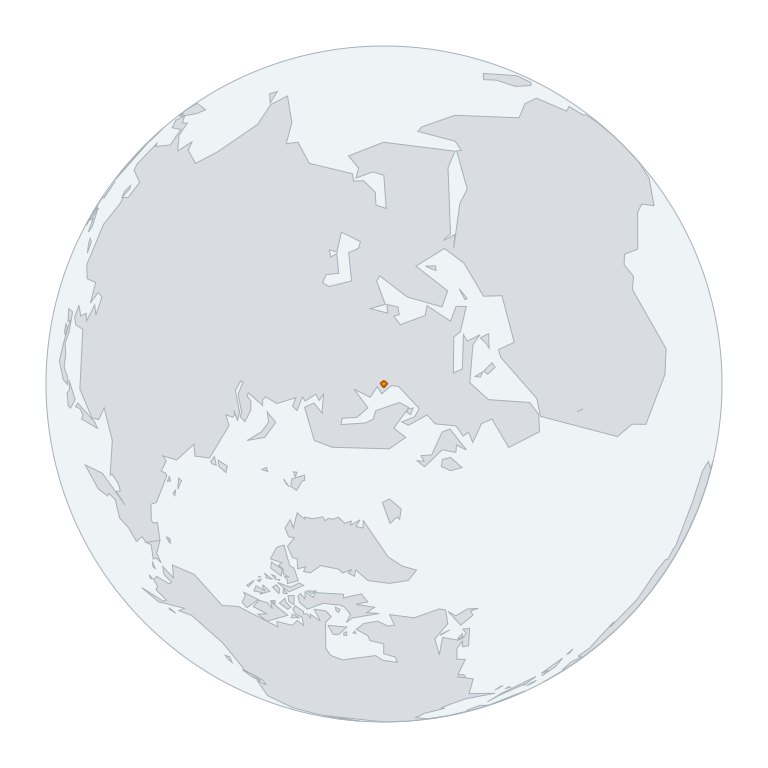 the Earth from above Šiauliai, rotated 225°
{"feature_id": "LTU-1072", "entity_name": "Šiauliai", "entity_type": "County", "adm_level": 1, "iso_a3": "LTU", "parent_name": "Lithuania", "parent_adm1": "", "projection": "orthographic", "projection_center": [23.21, 55.943], "detail": "fine", "context": "on_globe", "style": "filled", "palette": "amber", "viewbox_px": 768, "rotation_deg": 225, "n_neighbors": 0, "source": "natural_earth", "source_scale": "10m", "svg_char_len": 12512}
<svg xmlns="http://www.w3.org/2000/svg" viewBox="0 0 768 768"><g transform="rotate(225 384 384)"><circle cx="384" cy="384" r="338" fill="#eef3f6" stroke="#a8b0b8"/><path d="M145.6,144.5L191.8,107.5L162.7,128.6L176.5,117.3L184.9,111.0L183.0,112.6L203.8,99.7L219.9,90.5L246.0,81.3L264.3,84.8L254.7,87.8L260.2,88.8L272.6,85.5L279.4,83.2L315.1,86.9L356.4,84.4L368.7,78.6L366.6,84.3L389.4,70.6L411.4,68.7L386.9,74.2L384.8,77.4L399.9,77.4L400.9,80.8L408.8,83.0L408.6,87.3L394.4,90.8L394.0,93.8L404.7,93.7L411.3,98.5L395.7,98.0L405.6,106.4L383.6,115.2L341.8,112.9L329.9,123.6L287.6,137.1L291.7,140.4L278.3,148.4L278.1,155.4L270.3,156.5L276.9,161.2L284.0,158.9L289.3,160.3L289.8,164.4L280.0,166.3L278.3,164.5L275.7,167.2L270.5,166.6L273.4,169.2L261.4,171.4L273.9,175.4L264.9,182.3L256.8,182.2L256.9,174.2L238.2,155.9L230.0,154.3L218.3,159.6L197.9,186.0L189.1,188.0L177.8,196.7L182.9,198.9L193.6,193.1L200.3,200.0L212.6,192.7L217.2,194.6L230.1,190.9L228.9,200.3L220.7,211.8L209.9,215.6L206.0,220.9L216.9,224.9L197.4,240.0L185.6,264.4L180.5,267.7L169.4,259.6L167.8,239.8L153.4,231.6L163.4,246.2L150.5,255.2L148.6,260.8L149.8,266.0L155.0,266.4L150.7,271.7L139.1,258.7L142.8,253.6L146.5,257.6L145.6,248.7L137.8,241.0L131.8,246.7L126.3,230.8L121.9,234.9L118.3,234.1L125.6,228.5L112.4,238.6L104.9,225.3L86.8,243.9L103.8,219.0L109.4,207.2L114.7,195.1L111.6,197.8L122.6,179.6L125.7,170.5L116.5,178.2L104.6,194.0L93.3,212.4L94.7,212.0L89.1,224.3L83.0,230.7L71.6,256.9L67.0,266.9L76.3,244.3L87.2,222.5L99.6,201.4L113.6,181.4L128.9,162.3L145.6,144.5ZM60.5,286.3L59.1,291.3L55.0,307.3L55.7,308.8L55.2,319.6L51.5,330.5L54.2,329.1L51.9,342.6L53.2,372.4L52.1,372.5L52.7,410.9L59.2,444.6L60.7,459.2L59.3,460.9L62.9,472.1L63.1,475.5L82.8,519.6L97.4,547.9L99.9,558.7L93.7,555.3L96.5,561.6L84.5,540.6L74.1,518.8L65.3,496.2L58.0,473.1L52.5,449.6L48.7,425.7L46.5,401.6L46.1,377.4L47.5,353.2L50.5,329.2L55.3,305.5L56.2,301.9L58.4,293.5L58.5,293.3L60.5,286.3ZM82.2,248.2L69.7,284.6L72.0,269.6L72.4,271.1L76.6,260.5L82.7,244.3L86.1,232.4L82.2,248.2ZM87.4,251.4L89.2,245.9L88.1,250.6L87.4,251.4ZM282.3,81.7L272.7,85.2L261.2,87.2L269.0,83.8L282.3,81.7ZM304.4,79.8L300.2,82.0L294.4,79.7L298.6,79.1L304.4,79.8ZM377.3,74.0L369.3,74.7L376.7,72.9L377.3,74.0ZM409.9,82.6L411.8,81.4L415.1,83.1L409.9,82.6ZM229.9,186.1L229.9,188.4L227.5,187.9L229.9,186.1ZM235.4,182.3L232.5,180.0L234.7,177.9L236.4,179.4L235.4,182.3ZM417.9,91.4L422.5,94.7L415.3,91.8L417.9,91.4ZM238.4,185.8L239.0,174.6L242.9,171.0L252.8,173.8L238.4,185.8ZM423.6,97.1L435.0,105.8L440.3,103.7L431.8,115.0L424.9,103.5L415.2,100.1L422.1,99.9L423.6,97.1ZM286.1,156.4L278.5,159.0L284.3,153.2L286.1,156.4ZM288.5,152.4L298.9,133.5L310.4,132.1L304.6,138.5L319.1,134.1L319.6,142.6L311.7,147.0L304.2,146.1L310.1,150.1L288.5,152.4ZM425.3,120.2L425.9,123.0L422.5,120.7L425.3,120.2ZM291.9,160.4L292.9,156.6L303.0,155.0L302.6,162.5L299.5,160.5L291.9,160.4ZM322.7,129.0L330.1,129.4L332.5,136.3L335.7,137.5L320.6,142.7L322.7,129.0ZM297.5,163.0L302.2,166.4L298.0,170.9L291.5,164.1L297.5,163.0ZM305.7,151.5L310.5,151.2L307.7,153.8L305.7,151.5ZM285.6,189.6L286.6,184.6L292.0,183.3L285.6,189.6ZM304.3,167.4L305.7,165.8L307.9,164.8L310.1,168.0L304.3,167.4ZM323.4,147.4L322.8,150.4L329.7,145.6L331.8,150.9L321.3,153.6L326.7,154.7L327.3,156.3L318.1,156.7L323.4,147.4ZM318.9,168.4L306.4,174.2L303.2,183.5L298.4,184.8L304.3,169.7L318.9,168.4ZM319.2,161.5L318.0,166.0L312.6,165.2L310.2,161.5L319.2,161.5ZM337.0,153.7L336.4,144.8L338.7,144.6L337.0,153.7ZM319.1,171.2L322.1,169.8L319.5,172.0L319.1,171.2ZM332.7,159.1L332.2,156.0L334.8,155.8L332.7,159.1ZM328.6,169.8L324.5,171.6L322.7,169.1L328.6,169.8ZM331.3,165.0L335.0,165.6L324.5,167.1L330.6,163.6L331.3,165.0ZM335.2,159.5L336.6,158.3L335.1,160.8L335.2,159.5ZM337.7,178.6L324.9,181.1L321.0,175.5L333.9,173.7L337.7,178.6ZM360.3,721.1L359.0,720.7L342.1,717.0L319.1,701.0L329.0,693.5L326.1,684.8L299.9,658.8L305.7,645.8L298.5,638.1L283.7,636.5L275.3,626.6L266.3,624.0L209.5,608.4L192.0,589.3L170.3,540.7L180.3,530.9L181.7,511.9L250.5,471.8L265.6,481.8L320.4,485.4L327.3,489.3L321.4,505.6L363.0,529.8L375.7,516.5L412.8,526.0L437.1,522.6L444.8,489.9L404.9,494.9L397.5,479.6L428.9,462.0L463.6,457.4L461.8,451.4L439.4,441.3L446.9,427.7L431.6,436.7L438.2,442.3L428.7,448.4L422.2,443.7L425.1,438.9L414.5,437.3L403.4,461.5L408.9,469.8L381.4,475.4L387.9,490.0L380.6,497.0L366.9,474.9L367.9,466.6L342.8,440.9L339.3,450.0L362.7,475.1L355.6,473.0L351.0,486.5L348.9,474.6L324.2,445.6L299.1,446.8L267.9,473.9L253.1,471.9L240.3,460.2L250.9,427.3L282.9,435.5L287.0,424.9L279.9,405.4L290.3,409.8L291.3,403.2L303.3,405.3L319.6,392.1L331.7,392.5L337.5,372.2L344.6,369.8L339.1,382.4L341.8,391.6L371.8,392.6L377.5,388.3L378.8,375.3L386.9,377.6L384.4,364.9L401.4,359.2L378.6,355.8L379.5,341.3L389.4,330.1L385.7,324.9L369.5,343.4L366.8,351.5L371.0,359.2L360.0,381.8L349.8,384.9L345.8,359.7L330.9,361.6L334.4,341.9L375.8,302.7L393.4,294.8L423.7,311.4L420.0,321.0L407.2,319.6L419.5,334.0L418.3,326.5L425.0,328.7L427.7,316.2L432.5,317.2L426.7,303.8L433.0,303.7L436.6,312.2L445.9,294.5L458.8,291.2L458.5,286.8L454.6,283.0L473.6,281.9L472.6,278.7L466.0,277.8L459.6,271.1L455.8,259.0L462.6,259.2L464.9,263.6L479.9,273.6L485.0,285.8L487.4,284.8L484.6,274.3L466.2,262.0L462.0,254.7L471.4,259.1L467.6,256.9L467.7,253.4L474.0,250.4L464.1,245.0L455.1,208.3L466.6,199.4L475.9,207.0L476.9,183.6L489.7,176.7L483.6,175.7L479.9,164.7L475.8,166.6L472.6,165.4L461.2,139.4L463.8,134.1L452.0,123.0L448.8,122.6L446.2,125.9L431.8,115.0L440.3,103.7L447.1,105.0L447.8,97.6L463.1,101.8L476.1,102.3L492.3,112.2L501.1,112.2L500.4,109.4L511.9,107.8L538.0,115.5L520.1,121.7L481.5,115.4L497.5,118.7L494.8,121.9L501.2,125.6L512.4,128.0L513.1,125.8L536.1,151.9L565.0,169.2L560.6,157.0L566.4,153.5L595.5,165.4L635.7,209.7L643.8,207.9L650.0,212.5L655.4,224.1L646.6,217.6L644.6,223.3L638.8,218.2L644.5,235.4L636.5,229.0L644.9,246.1L650.9,246.9L648.8,233.6L659.6,251.9L668.2,248.6L678.5,258.1L695.2,298.6L698.3,326.0L700.5,330.9L696.9,335.2L699.4,353.7L711.9,358.5L714.1,364.9L714.8,394.5L713.5,390.4L704.1,401.9L707.6,420.4L715.0,415.4L717.7,423.4L714.4,432.2L711.0,425.9L707.6,429.5L704.7,414.9L694.7,402.9L691.0,419.4L687.7,410.9L673.3,406.6L666.0,429.8L656.9,478.3L661.7,501.4L655.9,519.4L634.0,503.7L623.0,484.7L615.9,494.1L592.8,487.2L555.0,510.4L549.0,505.9L542.1,513.3L525.7,513.4L516.2,504.8L506.6,509.7L531.7,531.5L541.9,526.1L549.5,509.8L554.7,518.8L570.4,520.1L555.3,554.6L498.3,598.9L491.7,582.2L443.1,537.1L444.0,530.1L443.7,529.4L443.1,528.1L439.6,539.9L430.9,529.5L458.0,565.3L462.9,580.7L497.5,600.2L494.5,603.9L505.3,606.0L538.7,586.6L539.1,592.4L523.9,624.1L476.8,667.7L482.5,682.0L478.3,693.9L447.8,706.1L449.4,711.0L433.5,715.0L431.8,717.0L418.5,719.8L396.6,721.7L384.7,721.9L360.3,721.1ZM227.7,500.9L226.0,506.7L225.9,506.7L227.7,500.9ZM501.3,468.0L521.5,461.3L510.6,444.0L517.5,440.2L511.3,436.0L509.7,442.8L494.3,430.2L502.3,420.5L499.0,412.0L492.0,413.9L479.8,433.9L501.8,451.8L498.0,462.0L501.3,468.0ZM53.3,373.2L53.1,378.9L52.5,374.1L53.3,373.2ZM69.8,271.5L68.3,277.6L66.7,282.3L67.4,278.2L69.8,271.5ZM63.6,322.5L63.1,330.4L62.5,323.9L63.6,322.5ZM68.3,290.2L63.9,316.5L62.9,305.3L66.1,289.0L65.4,297.8L68.3,290.2ZM83.0,254.0L81.5,258.4L80.3,259.0L83.0,254.0ZM86.6,254.9L86.8,253.6L88.5,250.4L86.6,254.9ZM151.2,255.9L152.0,257.1L152.0,262.9L149.7,261.2L151.2,255.9ZM165.9,284.0L158.7,292.0L162.2,284.8L157.6,283.6L159.3,267.7L178.0,268.5L169.3,270.8L165.9,284.0ZM166.8,247.3L163.6,256.9L166.4,246.5L166.8,247.3ZM285.1,366.2L289.4,372.0L285.0,379.1L269.7,380.1L275.8,369.7L285.1,366.2ZM296.4,378.7L296.8,354.2L306.3,353.1L300.9,357.8L307.2,359.5L300.1,367.6L308.9,391.1L305.7,398.9L279.1,395.6L289.6,392.1L284.8,386.4L296.4,378.7ZM280.8,298.9L281.1,289.7L301.4,299.0L298.8,306.6L283.4,307.7L277.3,299.4L280.8,298.9ZM255.8,193.5L254.6,190.4L257.3,189.7L260.6,191.8L255.8,193.5ZM285.6,187.4L263.9,206.8L261.4,204.1L251.7,219.5L241.4,218.4L248.0,208.4L232.8,219.4L234.6,210.0L225.0,218.5L240.9,196.2L242.0,188.6L244.7,197.3L254.2,198.4L258.6,196.6L271.9,186.0L278.9,170.7L289.4,169.8L295.0,173.3L294.9,176.8L288.1,176.2L292.9,181.4L283.0,183.2L285.6,187.4ZM354.3,221.8L346.4,218.2L354.3,231.5L344.5,232.3L346.0,233.8L339.1,238.4L333.4,246.7L328.8,245.8L328.6,249.5L324.0,252.8L322.1,257.6L313.3,257.8L310.2,263.9L307.8,260.5L304.9,271.0L303.1,263.4L297.0,267.3L302.0,272.7L258.9,264.6L242.3,268.1L229.4,275.4L228.0,262.0L239.1,247.0L256.3,233.6L272.5,232.6L268.9,227.1L275.6,225.1L275.6,230.3L279.6,221.1L285.1,221.0L300.4,210.8L302.6,198.3L308.3,194.5L310.1,199.4L314.4,192.3L321.8,199.0L326.0,196.5L337.5,201.0L338.6,212.1L343.3,208.6L352.2,212.2L354.3,221.8ZM340.7,180.1L344.4,192.6L340.8,199.4L322.4,188.9L317.5,190.2L305.6,184.3L311.1,174.7L314.0,177.2L318.1,177.5L314.7,180.4L320.5,178.3L324.7,181.8L330.3,181.2L329.9,185.3L340.7,180.1ZM334.9,483.6L340.2,484.9L348.5,484.8L345.7,493.6L334.9,483.6ZM317.7,464.2L322.5,463.7L322.7,475.4L317.2,474.3L317.7,464.2ZM325.0,453.7L322.7,462.7L320.7,457.2L325.0,453.7ZM343.5,381.3L348.6,380.2L349.2,383.3L346.4,387.7L343.5,381.3ZM375.8,263.3L371.9,259.7L373.3,257.9L370.6,246.9L377.7,245.7L382.1,251.9L375.8,263.3ZM438.1,496.6L431.2,503.8L427.5,501.4L430.6,499.4L438.1,496.6ZM386.3,500.9L398.3,504.5L385.5,503.2L386.3,500.9ZM383.1,260.1L381.1,255.7L385.9,257.9L383.1,260.1ZM382.7,244.3L388.3,245.8L378.2,244.3L382.7,244.3ZM533.4,673.8L508.1,695.9L492.9,701.1L491.3,698.8L501.5,687.4L519.6,678.2L528.8,669.6L533.4,673.8ZM717.1,440.8L714.4,450.5L704.1,451.7L707.9,442.3L717.4,429.2L717.0,433.9L718.8,428.7L718.0,435.6L717.1,440.8ZM721.1,407.2L721.0,403.4L721.1,394.7L721.5,387.9L718.7,342.2L718.6,337.2L720.5,353.3L720.5,353.2L721.9,380.2L721.1,407.2ZM663.1,502.2L670.1,508.3L666.3,515.4L663.1,502.2ZM714.1,318.3L717.5,337.3L713.3,316.6L714.1,318.3ZM709.5,302.3L711.0,305.7L710.1,306.2L709.5,302.3ZM703.7,336.7L703.4,345.0L701.8,342.3L701.1,330.2L703.7,336.7ZM686.3,266.7L692.5,274.9L694.7,279.1L691.5,277.6L686.3,266.7ZM440.8,247.3L436.8,263.6L438.5,275.4L446.9,281.7L433.4,280.2L430.6,262.0L440.8,247.3ZM452.7,212.9L445.3,208.0L449.5,205.9L451.8,206.7L452.7,212.9ZM447.5,212.9L436.6,215.1L433.1,209.6L442.4,209.0L447.5,212.9ZM409.9,237.1L408.2,241.9L404.4,239.9L409.9,237.1ZM713.2,307.8L713.3,308.1L715.4,318.2L709.5,293.6L710.0,294.9L713.2,307.8ZM710.6,298.7L712.8,308.1L709.5,295.4L710.6,298.7ZM712.4,307.6L710.9,303.7L710.1,298.8L712.4,307.6ZM709.9,295.3L706.6,286.0L707.7,287.9L709.9,295.3ZM706.8,295.6L707.9,291.4L709.3,303.6L701.7,289.3L700.5,282.3L706.8,295.6ZM651.5,201.9L647.5,199.8L644.3,193.1L648.0,196.4L651.5,201.9ZM630.1,171.0L642.1,190.7L651.1,207.5L651.8,205.0L660.2,214.4L655.2,214.8L643.7,198.5L638.1,187.0L630.5,180.5L622.2,169.8L613.4,165.5L607.5,159.8L613.8,160.3L630.1,171.0ZM609.8,164.2L591.4,154.6L588.6,145.3L591.9,145.3L601.6,153.4L602.5,157.8L609.8,164.2ZM586.2,149.7L586.9,154.0L561.5,152.5L555.4,150.0L573.2,145.4L574.9,149.3L581.6,151.6L586.2,149.7ZM429.4,122.4L426.2,122.9L427.7,120.8L429.4,122.4ZM470.4,166.7L466.3,164.7L468.2,161.9L470.4,166.7ZM455.9,157.6L456.6,162.1L453.0,157.2L455.9,157.6ZM458.8,172.4L455.5,163.9L462.7,172.3L458.8,172.4Z" fill="#d9dde1" stroke="#a8b0b8" stroke-width="1"/><path d="M383.1,381.2L383.2,381.3L383.3,381.5L383.4,381.8L383.5,381.9L383.8,381.7L384.3,381.5L384.5,381.6L384.9,381.7L385.0,381.7L385.3,381.6L385.5,381.6L385.8,381.7L386.0,381.7L386.5,381.8L386.8,382.0L387.0,382.1L387.1,382.3L387.0,382.5L387.0,382.8L386.9,382.8L386.9,383.0L386.8,383.3L386.7,383.4L386.6,383.5L386.7,383.8L386.8,383.8L386.8,384.0L386.8,384.3L386.7,384.3L386.6,384.5L386.4,384.6L386.5,384.7L386.5,384.8L386.6,385.0L386.7,385.3L386.6,385.5L386.6,385.8L386.4,385.9L386.3,386.0L386.2,386.1L385.7,386.4L385.6,386.5L385.4,386.7L385.4,386.8L385.4,386.7L385.2,386.7L385.3,386.5L385.3,386.4L385.2,386.4L384.9,386.4L384.9,386.5L384.7,386.5L384.6,386.4L384.4,386.2L384.2,386.3L384.1,386.2L383.9,386.2L383.7,386.2L383.6,386.3L383.4,386.5L382.9,386.7L382.7,386.7L382.4,386.6L382.2,386.7L382.1,386.8L382.0,386.7L382.1,386.4L381.9,386.2L381.7,386.1L381.6,385.9L381.6,385.7L381.6,385.4L381.6,385.2L381.6,384.9L381.8,384.8L381.8,384.7L381.9,384.4L382.0,384.4L382.1,384.2L382.3,384.0L382.3,383.9L382.2,383.9L381.9,383.8L381.9,383.7L382.0,383.7L382.0,383.4L382.2,383.2L382.3,383.2L382.3,382.9L382.2,382.9L382.0,383.0L381.9,383.0L381.7,383.0L381.5,382.9L381.4,382.9L381.4,382.7L381.3,382.3L381.4,382.2L381.5,382.2L381.5,381.9L381.6,381.7L381.7,381.8L381.8,381.8L381.9,381.7L381.9,381.4L382.0,381.4L382.2,381.6L382.3,381.6L382.7,381.4L382.9,381.3L383.0,381.3L383.1,381.2Z" fill="#f59e0b" stroke="#b45309" stroke-width="1.5"/></g></svg>